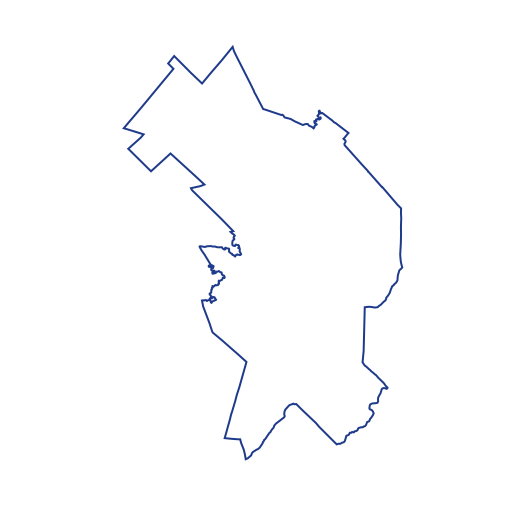 outline of Videle, Teleorman, Romania, rotated 100°
{"feature_id": "2599482B40288902158054", "entity_name": "Videle", "entity_type": "district", "adm_level": 2, "iso_a3": "ROU", "parent_name": "Romania", "parent_adm1": "Teleorman", "projection": "robinson", "projection_center": [25.561, 44.268], "detail": "fine", "context": "isolated", "style": "outline", "palette": "blue", "viewbox_px": 512, "rotation_deg": 100, "n_neighbors": 0, "source": "geoboundaries", "source_scale": "gbopen_adm2", "svg_char_len": 6139}
<svg xmlns="http://www.w3.org/2000/svg" viewBox="0 0 512 512"><g transform="rotate(100 256 256)"><path d="M406.4,122.7L406.4,121.9L406.1,121.5L406.0,121.0L405.2,120.4L404.9,119.5L404.4,118.9L403.2,118.3L400.2,117.7L399.9,117.3L399.5,116.4L399.0,115.8L396.5,115.3L395.2,114.4L394.0,114.0L393.1,113.5L390.7,112.8L390.3,112.9L388.9,113.8L387.8,115.0L387.5,115.5L387.2,117.2L386.7,117.7L386.1,117.9L383.8,118.0L382.5,117.8L381.8,117.1L381.0,115.8L380.0,112.0L379.5,111.0L379.2,110.8L377.6,110.5L376.2,110.9L374.3,111.1L371.9,110.4L369.4,109.5L365.1,109.0L364.5,108.5L364.0,107.6L363.8,106.0L364.1,104.2L363.6,103.8L362.9,103.6L361.1,106.0L359.1,107.9L354.7,114.4L352.7,116.8L352.3,117.4L351.9,118.4L350.9,119.9L349.6,122.4L348.5,123.8L348.0,124.8L345.7,128.3L345.0,129.9L342.2,132.6L330.8,133.5L287.6,140.0L287.4,139.3L286.8,137.8L286.8,137.2L286.5,136.5L286.3,135.5L286.1,132.1L286.2,130.9L286.0,129.5L285.3,127.3L283.8,126.3L283.6,125.9L282.3,124.6L279.0,122.4L277.4,120.9L276.5,120.7L275.8,120.3L274.5,120.5L271.9,119.0L269.1,117.9L264.5,117.2L263.5,116.8L262.5,116.8L261.3,115.8L260.9,115.3L260.3,115.3L257.9,113.4L256.2,112.7L255.0,112.5L252.2,112.8L250.3,112.9L245.6,112.4L244.5,111.9L243.4,110.9L241.9,110.0L238.2,111.7L236.4,112.4L232.5,113.5L229.2,114.3L218.9,115.5L210.2,116.8L202.2,118.3L193.2,119.6L188.5,120.7L183.9,121.4L180.9,125.7L166.1,143.7L166.3,143.9L153.7,159.7L153.5,160.3L153.0,160.4L147.3,167.9L131.5,187.9L130.3,188.4L127.9,187.6L127.3,187.7L126.7,188.1L125.4,190.2L124.8,189.7L119.2,186.6L118.8,186.3L111.3,200.6L110.8,202.3L109.3,204.5L103.8,215.3L103.6,216.0L104.2,216.6L104.4,216.9L104.4,217.2L104.0,217.6L102.3,218.3L101.9,218.7L102.1,219.1L102.6,219.3L104.1,218.8L105.7,218.7L107.0,219.7L107.3,219.8L107.9,218.8L108.8,218.4L109.1,218.0L109.0,217.3L108.4,216.5L108.8,216.2L109.4,216.2L109.9,216.5L110.6,217.4L110.6,217.8L110.4,218.5L110.3,218.9L111.1,220.5L111.6,220.6L112.4,219.9L112.7,219.9L113.0,220.1L113.1,220.6L112.8,221.5L113.0,221.9L114.0,221.8L114.9,221.3L115.5,220.3L115.6,219.3L116.0,219.1L116.3,219.3L116.9,220.2L118.2,221.0L119.2,220.9L120.3,221.4L119.5,222.8L119.0,223.9L118.6,226.0L118.3,226.6L117.2,227.7L117.1,228.0L117.3,229.5L118.0,231.2L118.7,232.2L118.8,232.9L116.6,241.4L115.0,245.8L114.6,251.7L114.0,252.5L112.9,253.4L112.3,254.7L112.7,255.3L112.7,255.9L110.1,273.2L110.1,274.4L97.2,284.3L95.2,286.0L94.0,286.6L86.7,291.9L61.8,310.6L58.0,313.3L55.7,314.5L54.1,315.3L69.7,324.0L82.6,331.7L95.5,339.1L86.9,352.0L73.3,371.3L81.7,375.9L86.0,369.8L131.3,395.6L153.1,408.4L155.7,387.8L159.4,390.0L172.6,400.4L190.8,374.1L169.9,358.0L188.5,328.6L194.6,319.2L196.3,322.0L197.3,324.0L200.5,331.8L201.9,330.8L203.1,329.3L225.4,296.7L235.5,282.7L236.7,285.2L237.8,283.6L238.8,281.4L239.6,280.4L239.8,280.4L240.6,281.1L241.8,281.3L242.3,281.1L242.6,280.5L243.3,280.3L244.2,280.9L244.7,281.6L245.8,281.7L248.1,281.5L249.3,281.1L249.5,280.8L249.8,280.1L249.8,278.5L249.2,278.4L248.4,278.0L248.2,277.7L248.6,276.2L248.3,275.3L248.8,274.6L249.8,274.2L250.5,274.6L251.1,274.8L251.5,273.7L251.4,273.4L252.2,273.1L254.4,272.9L255.7,271.7L256.9,271.0L257.8,271.7L257.9,272.1L257.7,273.0L258.0,274.0L257.7,274.6L257.7,274.8L258.9,276.2L259.8,276.3L260.1,276.5L259.8,277.2L259.1,278.0L259.0,279.3L258.0,280.0L257.8,281.1L256.6,283.1L255.9,283.5L255.2,283.4L254.7,283.6L253.7,283.7L253.5,283.9L253.5,284.2L253.5,285.8L253.2,287.2L253.2,287.6L253.7,287.8L254.7,287.5L255.0,287.8L255.1,288.3L254.9,289.2L254.1,290.4L253.4,291.0L253.3,291.3L253.9,294.0L254.1,296.0L253.8,298.2L254.2,300.2L254.1,302.4L255.0,306.1L255.7,307.3L256.0,308.0L256.0,312.1L256.1,312.7L256.3,313.1L256.5,313.2L257.6,312.5L260.2,310.3L263.7,306.8L272.1,299.4L273.3,299.9L273.6,300.7L273.7,300.8L274.3,300.8L274.7,300.6L274.8,300.1L274.7,298.4L274.4,298.2L272.8,297.9L272.9,297.2L273.3,296.1L273.9,296.0L275.5,296.3L275.7,296.5L275.9,297.8L276.7,297.9L277.6,297.6L277.9,297.2L278.1,295.8L278.8,295.3L278.8,295.0L277.7,294.6L277.8,294.3L278.7,294.2L279.8,294.7L279.9,294.9L279.7,295.9L279.9,296.1L280.4,296.1L280.9,295.7L280.9,295.2L280.0,293.5L279.9,292.8L278.3,292.1L277.9,290.7L277.4,290.2L277.3,289.7L278.1,288.5L278.2,287.1L278.6,286.8L279.7,286.6L280.1,286.3L280.5,285.7L281.0,283.9L282.6,283.1L283.0,283.2L283.2,283.4L283.2,284.9L285.3,285.3L285.5,285.8L286.4,286.7L286.8,287.5L286.8,288.3L287.2,288.4L288.1,287.9L288.8,287.9L289.7,287.6L289.8,287.7L289.8,288.2L290.7,288.1L291.1,288.3L291.7,289.6L291.6,290.9L293.0,291.9L293.7,292.9L293.7,293.1L293.2,293.4L293.3,293.6L294.0,293.5L294.6,293.2L294.8,293.3L294.8,293.8L295.0,293.9L296.8,293.7L297.1,294.1L297.4,294.2L299.5,293.7L300.3,294.1L300.9,295.0L301.5,295.1L302.1,294.8L302.3,294.2L303.3,293.3L303.4,292.9L303.8,292.6L304.1,292.7L304.5,293.3L305.5,293.8L305.5,293.1L305.3,292.1L304.5,291.8L303.9,291.1L303.8,290.7L303.9,289.7L304.7,289.4L304.7,288.9L304.8,288.7L305.8,288.4L306.0,287.8L306.3,287.9L308.3,291.0L309.8,291.7L309.6,292.3L309.0,292.7L307.7,293.1L307.4,293.3L307.3,293.7L307.6,294.9L307.9,295.6L308.7,296.3L308.8,296.5L308.6,297.0L308.2,297.3L308.1,297.6L308.3,298.5L308.8,299.4L308.9,300.8L309.2,301.5L315.0,299.2L330.0,290.3L338.2,285.9L339.0,285.2L344.9,274.9L356.5,255.8L362.0,247.0L387.8,249.6L396.4,250.8L402.8,251.3L413.9,252.6L415.5,252.9L419.2,253.2L420.4,253.2L440.8,255.2L440.3,248.5L439.6,241.7L439.3,239.7L442.5,238.3L448.9,234.4L453.0,232.6L457.9,230.8L456.7,229.0L453.1,226.1L451.0,225.8L449.6,225.0L446.6,221.8L445.9,220.6L444.1,219.1L439.2,216.9L438.2,217.0L436.7,216.1L435.6,216.0L435.2,215.5L434.3,214.9L430.8,213.4L427.8,212.0L426.9,211.2L425.8,210.9L424.0,210.1L422.1,208.9L419.8,208.5L417.8,207.4L410.0,200.3L408.9,199.9L408.2,200.1L407.4,200.6L405.7,200.9L403.4,200.8L402.1,200.4L397.6,197.6L396.9,196.9L394.9,193.4L395.2,192.9L395.3,192.3L394.8,190.7L400.0,183.2L409.9,168.2L413.2,164.2L427.5,143.8L426.5,142.1L426.4,140.5L424.9,138.8L424.4,137.7L423.7,136.8L422.3,136.3L417.5,135.8L417.2,135.6L416.4,134.1L415.6,133.3L414.2,133.1L413.7,132.8L413.6,131.6L412.6,130.8L412.8,129.6L412.7,129.1L412.4,128.8L411.7,128.7L410.8,126.7L410.1,126.0L409.6,125.7L408.7,125.6L407.5,125.0L406.4,122.7Z" fill="none" stroke="#1e3a8a" stroke-width="2"/></g></svg>